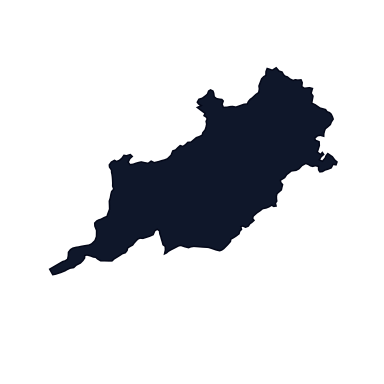 outline of Uruana, Goiás, Brazil, rotated 48°
{"feature_id": "56859067B12485635102711", "entity_name": "Uruana", "entity_type": "district", "adm_level": 2, "iso_a3": "BRA", "parent_name": "Brazil", "parent_adm1": "Goiás", "projection": "mercator", "projection_center": [-49.648, -15.615], "detail": "fine", "context": "isolated", "style": "filled", "palette": "ink", "viewbox_px": 384, "rotation_deg": 48, "n_neighbors": 0, "source": "geoboundaries", "source_scale": "gbopen_adm2", "svg_char_len": 3860}
<svg xmlns="http://www.w3.org/2000/svg" viewBox="0 0 384 384"><g transform="rotate(48 192 192)"><path d="M127.7,124.8L128.8,128.0L131.0,128.2L134.0,127.3L132.7,131.5L136.9,130.7L139.0,130.3L142.3,129.6L143.3,132.0L145.7,131.3L147.9,131.7L148.9,134.2L151.4,135.7L153.1,138.0L154.6,140.6L155.2,144.3L156.6,146.4L155.7,149.6L154.5,152.4L154.3,159.4L152.3,161.9L152.5,165.1L152.1,168.3L149.6,169.7L149.6,172.7L149.8,176.1L148.6,178.7L149.6,180.8L150.7,182.9L150.9,188.0L149.8,191.0L148.4,193.6L147.2,196.3L144.9,200.5L141.7,201.7L141.4,205.4L138.5,207.6L135.7,209.6L134.5,211.7L133.1,214.5L132.0,217.2L130.2,219.8L127.1,219.5L125.6,215.8L125.6,212.6L122.9,212.8L121.2,216.5L119.2,218.0L120.0,221.5L119.9,224.8L118.8,227.7L116.6,228.4L115.8,231.9L116.5,235.3L118.3,236.6L121.8,237.1L123.6,238.6L125.5,239.7L127.4,241.0L129.6,242.7L132.4,245.0L134.5,247.0L137.5,248.2L137.9,251.4L139.5,253.8L141.8,256.7L143.4,259.5L147.0,262.5L149.6,264.7L152.2,269.7L153.3,271.5L152.3,274.2L151.4,277.8L150.4,279.9L149.8,282.1L150.0,285.1L152.4,287.0L156.7,288.6L159.3,291.0L161.2,292.8L163.2,296.6L163.4,301.2L162.6,304.0L160.3,307.5L158.3,310.7L156.9,313.2L155.6,315.1L154.0,318.1L153.5,320.8L154.1,324.1L156.7,326.7L158.7,329.4L158.3,332.4L157.2,334.6L154.1,349.4L160.3,350.8L161.9,348.1L162.9,345.8L164.0,343.4L165.6,339.0L166.0,336.9L167.0,333.6L169.0,330.5L168.9,327.0L170.1,322.5L169.9,318.9L169.2,316.0L167.4,314.3L168.5,312.2L171.7,310.1L174.3,308.8L176.1,307.2L178.5,307.0L182.0,305.9L185.0,302.6L187.4,300.1L189.7,297.5L189.6,294.6L190.2,291.5L190.9,287.4L191.2,285.1L192.5,282.2L192.0,279.4L190.5,277.2L191.1,274.0L191.7,271.6L191.2,269.4L190.9,266.7L190.7,263.9L191.4,261.6L193.6,259.5L194.8,256.9L196.5,253.1L197.7,249.4L195.9,245.6L196.4,242.8L199.0,242.1L201.6,243.9L204.2,245.0L206.3,246.1L209.3,247.5L211.8,248.8L214.5,248.3L217.3,250.6L219.6,253.8L220.2,251.7L220.2,249.3L220.9,246.1L221.9,242.4L223.1,237.8L224.4,235.9L227.8,234.0L231.1,231.8L231.9,229.6L233.6,227.0L236.3,224.4L237.9,222.9L239.9,221.0L242.4,218.5L244.2,216.8L246.7,215.3L251.2,212.8L254.2,210.7L255.0,208.7L255.3,206.4L255.0,200.8L254.5,196.6L253.0,194.7L253.7,191.8L254.2,188.8L254.5,185.0L253.1,182.9L252.9,180.2L250.4,179.0L251.2,177.0L254.0,175.8L255.0,173.0L254.3,170.2L254.6,168.0L254.6,164.9L252.2,164.7L250.9,162.7L250.9,157.8L251.5,153.7L251.6,150.7L253.5,147.5L254.5,144.8L255.1,141.6L257.4,140.9L258.7,138.9L256.1,137.5L255.5,135.1L253.6,133.8L251.5,132.0L250.1,129.9L250.2,124.2L248.3,121.5L247.1,119.7L244.4,119.7L242.4,118.5L242.8,116.3L243.3,113.5L242.4,110.0L242.6,107.6L242.8,104.1L245.5,100.2L246.3,97.0L245.9,92.6L246.9,88.4L249.3,87.1L251.8,86.4L253.7,85.2L255.0,82.7L257.6,80.9L260.3,83.1L262.6,83.5L264.1,81.4L264.7,78.4L266.0,75.7L267.2,72.4L265.8,68.7L268.2,66.8L266.7,64.1L263.7,64.5L259.7,64.1L254.3,65.4L254.8,68.1L255.9,70.4L256.4,74.6L253.2,75.9L252.2,72.4L252.2,69.0L249.8,68.7L250.2,71.3L246.2,72.2L242.7,66.3L239.7,63.9L236.1,65.7L234.1,64.8L234.2,61.0L235.8,58.6L238.7,56.8L236.9,55.1L235.2,52.6L234.2,50.6L234.4,47.8L234.4,44.0L233.2,41.7L232.3,38.3L230.0,37.3L227.2,36.5L225.0,36.7L222.7,37.9L220.1,37.6L217.4,39.3L215.3,40.7L209.5,42.1L206.1,43.6L204.6,41.7L201.7,37.9L198.3,37.4L195.7,33.2L193.1,34.9L191.7,36.9L190.1,39.1L187.1,39.9L184.5,36.9L181.6,35.9L179.6,38.6L177.7,40.1L176.8,42.2L173.6,43.6L170.3,44.1L168.3,45.3L166.0,45.5L163.1,44.8L160.4,46.4L156.0,46.3L155.2,50.9L152.5,52.3L150.5,53.5L152.0,56.4L154.8,59.1L154.3,61.6L154.5,64.5L156.2,67.8L158.0,71.3L160.5,73.0L162.7,75.9L162.3,79.3L162.4,84.4L162.1,86.8L162.5,89.5L163.6,92.0L161.6,94.7L160.1,98.3L158.3,102.6L155.6,104.6L154.1,106.5L152.5,109.2L150.1,112.1L146.9,110.9L145.3,107.9L143.2,107.9L141.4,109.5L139.0,111.3L136.1,111.8L133.0,109.7L131.0,108.9L128.5,109.9L128.1,112.1L129.6,115.0L129.6,117.3L129.2,121.6L127.7,124.8Z" fill="#0f172a" stroke="#020617" stroke-width="1.5"/></g></svg>